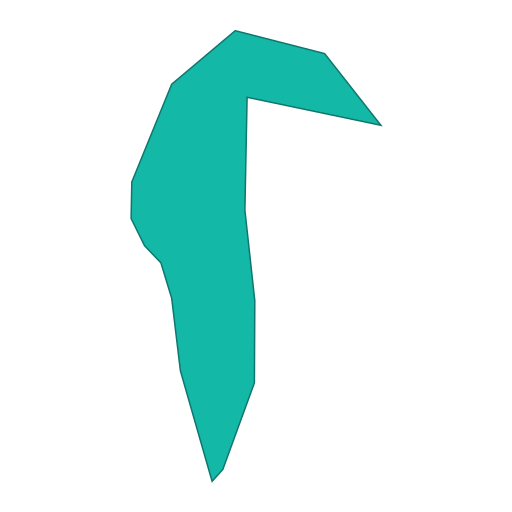 the border of Zavrc
{"feature_id": "SVN-1050", "entity_name": "Zavrc", "entity_type": "Municipality", "adm_level": 1, "iso_a3": "SVN", "parent_name": "Slovenia", "parent_adm1": "", "projection": "orthographic", "projection_center": [16.053, 46.352], "detail": "fine", "context": "isolated", "style": "filled", "palette": "teal", "viewbox_px": 512, "rotation_deg": 0, "n_neighbors": 0, "source": "natural_earth", "source_scale": "10m", "svg_char_len": 344}
<svg xmlns="http://www.w3.org/2000/svg" viewBox="0 0 512 512"><path d="M380.9,125.3L247.1,97.3L244.9,210.2L254.8,300.8L254.4,382.9L222.8,469.5L212.1,481.3L211.1,477.9L180.4,370.8L171.7,298.3L160.9,262.8L144.6,245.8L131.1,218.5L131.8,182.0L171.7,84.2L235.2,30.7L324.6,53.6L380.9,125.3Z" fill="#14b8a6" stroke="#0f766e" stroke-width="1.5"/></svg>